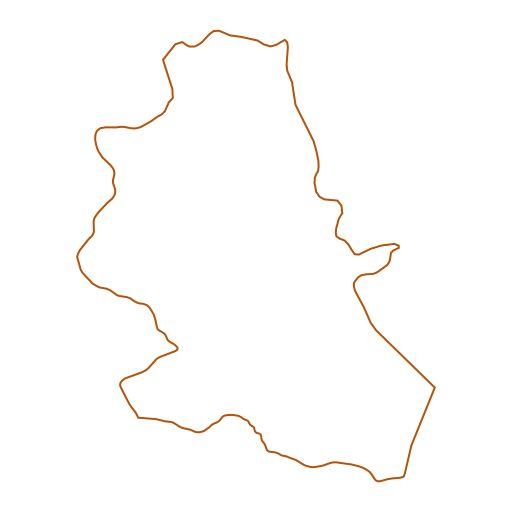 SVG path tracing the border of Nong Bua Lam Phu
{"feature_id": "THA-449", "entity_name": "Nong Bua Lam Phu", "entity_type": "Province", "adm_level": 1, "iso_a3": "THA", "parent_name": "Thailand", "parent_adm1": "", "projection": "albers", "projection_center": [102.251, 17.201], "detail": "fine", "context": "isolated", "style": "outline", "palette": "amber", "viewbox_px": 512, "rotation_deg": 0, "n_neighbors": 0, "source": "natural_earth", "source_scale": "10m", "svg_char_len": 3364}
<svg xmlns="http://www.w3.org/2000/svg" viewBox="0 0 512 512"><path d="M434.8,387.6L411.4,445.4L404.7,474.1L403.6,476.7L402.6,477.1L399.6,477.8L391.7,478.5L387.6,479.2L379.9,481.3L377.6,481.2L375.8,480.4L374.7,479.1L372.1,475.0L370.1,472.4L368.8,471.3L365.8,469.3L362.6,467.7L359.2,466.4L351.7,464.5L336.7,462.4L334.6,462.3L332.5,462.5L330.6,462.9L322.6,465.7L314.7,467.1L312.1,467.1L310.1,466.9L304.6,465.3L295.7,459.9L288.7,457.4L288.1,457.1L287.6,456.8L286.4,456.4L281.6,455.4L279.4,454.2L278.7,453.7L275.0,452.3L270.7,451.9L268.5,451.3L267.1,450.2L266.4,448.9L265.4,445.8L264.7,444.3L264.0,443.1L262.1,440.8L261.6,439.4L261.3,437.8L261.3,436.3L260.8,434.9L259.8,433.9L258.3,433.3L256.7,432.9L255.5,432.0L254.7,430.7L254.4,429.1L254.0,427.6L253.0,426.6L250.5,425.1L249.6,423.9L248.2,421.2L247.0,420.3L244.0,419.3L241.0,417.1L238.4,415.8L232.5,414.9L228.5,415.0L225.7,415.3L223.9,415.9L222.7,416.7L221.7,417.8L219.9,420.2L218.6,421.4L216.8,422.5L214.0,423.5L212.2,424.6L210.9,425.6L209.5,427.1L204.0,431.0L201.4,431.8L199.0,432.3L197.0,432.2L195.3,431.9L190.5,429.8L189.2,429.4L182.8,428.1L179.9,426.8L173.5,422.8L172.1,422.3L170.4,421.9L164.9,421.3L156.0,419.1L138.2,417.7L136.1,413.3L135.2,412.0L130.9,406.4L129.1,403.6L120.5,386.8L120.1,385.0L120.4,383.0L122.2,380.6L123.9,379.2L125.6,378.2L142.4,372.1L145.6,370.4L146.9,369.5L149.3,367.2L156.6,358.9L160.1,356.9L175.2,351.1L176.7,350.3L177.5,349.2L177.4,347.5L175.5,345.4L173.8,344.1L169.0,341.3L167.9,340.2L167.0,338.7L166.4,336.9L165.6,335.3L164.6,334.0L163.4,332.9L158.9,330.3L157.7,329.2L156.9,327.1L155.3,319.4L153.7,314.4L150.2,308.6L148.1,306.2L146.7,305.1L143.2,303.8L139.4,303.4L137.6,302.9L134.5,301.3L130.3,298.4L126.8,297.1L120.5,296.2L118.5,295.7L116.8,295.0L109.9,290.1L106.5,288.7L100.3,287.6L98.6,287.1L92.6,283.6L82.4,272.7L80.7,269.7L77.2,257.1L77.9,254.0L79.9,250.1L88.6,239.2L90.9,236.8L92.1,235.7L93.1,234.0L93.9,231.7L93.6,221.8L93.9,219.9L94.5,218.0L96.2,215.3L98.8,211.9L107.7,202.5L111.7,199.1L113.2,197.3L114.3,195.4L115.1,193.2L115.2,189.8L114.6,187.6L113.3,183.9L113.0,182.2L113.0,180.2L114.3,174.7L114.4,172.6L114.0,170.8L113.4,169.2L112.5,167.7L110.4,165.1L103.0,158.0L102.1,156.9L98.5,151.4L97.1,148.1L96.1,144.6L95.3,140.6L95.2,138.6L95.3,136.5L95.5,134.6L96.1,132.5L97.6,130.3L100.4,128.2L105.7,127.3L116.1,127.4L120.2,126.9L124.4,126.9L130.1,128.1L134.4,128.5L137.3,128.0L140.6,127.1L150.4,121.7L158.1,116.3L161.9,114.3L164.9,111.2L168.8,102.4L172.8,98.0L172.4,89.2L163.0,59.8L175.4,44.2L182.3,42.1L186.8,45.3L189.5,46.5L194.5,46.5L198.2,44.9L202.0,42.2L209.5,34.1L213.7,31.1L218.9,30.7L230.4,35.5L240.8,36.8L257.5,40.5L264.0,44.5L270.7,46.4L276.2,44.9L284.7,39.9L287.2,42.3L287.9,47.2L286.6,64.3L287.2,70.6L292.0,82.1L295.5,104.7L313.6,141.2L316.4,151.0L318.4,161.0L318.6,166.9L318.1,171.0L316.3,174.0L314.9,177.8L314.5,182.9L316.3,192.1L319.7,196.9L324.5,199.4L337.4,200.6L341.4,205.6L342.3,213.2L338.8,218.7L336.1,228.9L335.8,233.0L336.4,236.4L339.9,238.7L344.8,240.6L348.7,244.8L351.2,249.2L354.7,254.2L358.8,254.6L370.7,248.8L381.6,245.5L394.4,243.9L398.7,245.6L398.8,247.9L392.9,250.7L390.9,253.2L389.9,260.0L389.1,262.3L387.2,265.0L377.6,272.0L374.9,273.3L372.3,274.0L366.4,274.3L361.8,275.1L359.8,276.1L358.0,277.5L354.8,281.4L353.9,283.3L353.9,286.4L354.9,290.6L364.0,307.5L370.7,322.8L376.0,330.2L434.8,387.6Z" fill="none" stroke="#b45309" stroke-width="2"/></svg>